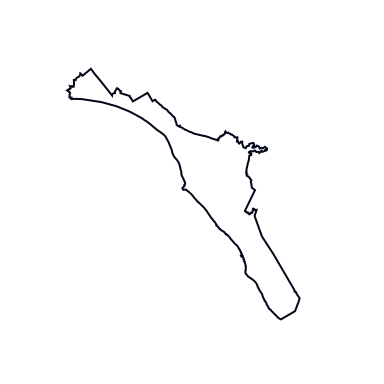 Engures pag., Engures, Latvia (orthographic projection), rotated 161°
{"feature_id": "27541924B28821818047362", "entity_name": "Engures pag.", "entity_type": "district", "adm_level": 2, "iso_a3": "LVA", "parent_name": "Latvia", "parent_adm1": "Engures", "projection": "orthographic", "projection_center": [23.212, 57.169], "detail": "fine", "context": "isolated", "style": "outline", "palette": "ink", "viewbox_px": 384, "rotation_deg": 161, "n_neighbors": 0, "source": "geoboundaries", "source_scale": "gbopen_adm2", "svg_char_len": 5977}
<svg xmlns="http://www.w3.org/2000/svg" viewBox="0 0 384 384"><g transform="rotate(161 192 192)"><path d="M275.6,319.1L272.3,318.2L265.9,315.7L252.0,308.4L248.1,306.3L235.4,297.6L225.4,288.9L220.7,284.0L215.4,278.1L213.4,275.3L211.1,272.4L208.9,269.0L207.7,266.8L204.6,261.8L202.1,258.5L200.0,255.3L199.3,253.9L199.0,252.8L198.0,247.3L197.5,239.0L197.6,236.9L197.9,234.7L197.6,233.2L197.5,231.7L197.4,231.2L195.8,227.2L195.4,226.0L195.0,223.4L194.9,221.8L195.1,219.4L195.4,217.8L195.6,214.1L195.8,213.4L196.3,212.3L196.2,211.6L196.3,210.3L195.8,207.3L195.8,206.6L195.9,206.0L195.5,204.7L195.7,204.0L195.6,202.8L195.7,202.2L196.2,201.7L196.5,201.0L197.1,201.0L197.5,199.8L198.7,199.5L199.6,199.0L199.8,198.8L199.7,197.1L199.0,196.7L197.1,196.4L195.0,193.1L193.3,190.1L192.4,187.9L192.2,186.9L191.6,185.4L190.5,183.0L190.0,181.3L188.4,178.6L185.6,173.0L184.1,168.6L183.8,167.1L182.8,163.4L182.4,161.7L181.6,159.9L181.2,158.5L180.1,155.8L179.7,153.8L179.5,152.8L179.8,152.5L179.3,152.2L179.4,151.7L179.1,151.2L178.7,150.6L178.4,149.9L178.4,148.8L177.6,148.1L177.5,147.6L177.3,147.5L176.7,146.0L176.0,145.5L175.0,144.2L174.9,143.9L174.5,143.6L174.1,142.1L173.5,141.3L173.7,141.1L173.7,140.8L173.5,140.6L173.2,140.9L172.7,140.2L172.6,139.8L172.1,139.2L170.9,136.0L170.8,135.5L170.8,135.4L170.8,135.2L169.1,131.3L168.5,129.4L168.2,129.1L167.9,128.4L167.5,128.0L167.4,127.7L166.6,125.9L166.1,123.8L166.1,122.9L165.7,122.2L165.6,121.5L165.7,121.3L165.5,121.0L165.5,119.9L165.3,119.4L165.5,119.1L165.2,118.5L165.2,118.0L165.4,117.8L165.2,117.3L165.3,117.1L165.1,116.9L165.1,116.6L165.4,116.3L165.2,116.1L165.3,115.8L165.5,115.6L166.4,115.8L166.3,115.0L166.2,114.9L166.2,114.7L165.5,114.3L165.4,114.4L165.5,114.6L165.0,114.9L164.9,114.8L165.2,114.5L164.8,113.3L164.9,112.0L165.1,111.9L164.9,111.7L164.9,109.9L165.0,109.5L165.3,109.3L164.9,108.9L165.1,108.1L165.0,107.9L165.1,107.5L165.0,107.2L165.1,105.9L165.3,105.3L165.3,104.9L165.5,104.5L165.3,103.9L166.2,101.8L166.6,101.2L166.7,100.5L167.2,100.1L167.6,98.8L167.6,98.2L167.9,97.8L167.2,95.8L166.7,94.8L166.5,93.8L163.1,89.4L162.0,87.5L161.0,85.0L160.7,83.4L160.6,82.8L160.8,81.7L160.6,80.9L160.5,79.8L160.5,79.0L160.2,78.1L160.1,76.8L159.8,75.6L158.9,72.5L159.1,71.4L159.1,68.9L158.6,66.7L158.8,66.4L158.6,65.5L158.7,65.0L158.4,64.7L157.9,63.4L157.9,62.8L158.0,60.9L157.4,59.4L157.4,58.2L157.3,57.1L156.8,56.4L156.8,56.0L156.2,55.3L155.7,54.1L155.4,53.2L154.5,51.6L154.4,51.1L154.0,50.4L153.7,49.7L152.6,47.6L151.8,45.8L151.1,44.5L149.4,42.6L133.3,45.8L128.1,52.2L127.6,52.6L127.0,53.3L126.7,54.0L124.8,56.4L125.9,60.3L126.3,62.2L126.2,63.3L127.4,64.5L127.4,65.0L127.0,65.5L135.4,107.5L140.3,127.0L140.4,129.9L140.6,149.0L136.7,154.1L137.4,154.3L138.0,154.2L138.4,154.4L138.6,155.0L138.8,155.9L139.4,156.3L139.7,156.4L139.9,156.2L140.5,155.1L140.7,154.4L141.0,154.0L141.0,153.6L141.9,153.2L142.0,152.8L142.5,152.8L142.6,153.0L143.2,153.3L143.4,153.2L143.8,152.7L144.6,152.5L144.6,152.2L145.0,152.2L145.6,153.0L145.6,153.6L146.1,154.0L145.9,154.7L146.0,154.8L146.9,154.9L147.1,155.1L147.2,155.5L147.6,155.6L147.7,156.2L148.2,156.8L131.8,173.3L133.8,176.3L134.0,177.0L133.1,180.8L133.3,182.3L132.0,183.9L132.7,185.5L133.0,187.1L133.8,188.4L134.9,189.5L134.8,191.1L134.7,191.4L134.1,191.3L134.5,192.8L134.0,193.2L134.1,193.3L132.9,196.1L132.5,196.6L129.8,201.0L127.9,203.7L126.0,207.7L124.5,208.2L124.0,207.8L123.4,209.0L123.9,209.4L124.0,209.8L124.5,210.2L125.2,210.4L125.3,210.9L125.1,211.2L124.3,211.2L123.5,211.6L123.0,211.3L121.5,210.9L121.0,210.5L119.2,210.8L119.0,210.7L119.1,210.4L118.4,209.7L118.2,208.9L116.3,208.4L116.1,208.0L115.6,207.9L115.3,207.5L115.4,207.1L114.1,207.6L113.8,207.6L113.6,208.0L112.9,208.4L112.4,207.7L112.3,207.1L110.4,207.1L109.9,207.2L109.5,207.7L108.9,207.2L108.6,207.5L108.5,207.2L107.9,207.1L107.5,207.6L107.3,208.4L107.0,208.4L106.9,208.7L108.4,211.0L110.3,210.3L111.2,210.4L111.6,211.0L113.0,211.4L113.7,211.0L114.0,213.5L115.8,214.8L117.1,213.8L119.9,213.8L120.3,214.6L119.7,214.8L119.8,215.1L119.5,215.4L118.6,215.3L118.2,215.8L117.9,216.3L118.1,216.8L118.1,217.1L117.7,217.8L117.8,218.1L118.5,218.6L122.1,218.8L123.1,217.1L124.0,217.5L125.5,217.4L126.7,216.2L127.1,216.4L127.2,216.2L128.8,217.6L128.7,221.9L128.1,223.0L128.2,223.4L129.4,223.5L131.6,222.4L132.0,222.8L132.0,224.8L133.0,224.9L133.1,225.2L132.2,226.7L131.3,228.9L133.4,229.5L133.9,229.8L133.7,230.2L134.5,231.8L135.8,233.5L136.6,233.7L136.9,234.6L137.7,235.2L138.6,236.4L139.2,236.2L140.7,237.5L140.7,238.3L141.3,237.9L141.3,237.4L141.5,237.0L142.2,236.3L142.9,236.1L143.2,236.2L143.9,235.9L143.9,235.7L144.4,235.8L144.6,235.6L144.7,235.4L144.8,235.4L145.2,235.3L145.6,235.2L145.6,235.5L145.8,235.5L146.4,235.3L146.9,235.5L147.2,235.2L147.5,235.2L148.1,234.6L148.4,234.5L148.6,234.2L149.2,233.7L150.0,233.9L150.1,233.7L150.1,233.3L150.2,232.5L150.6,232.2L152.4,233.7L155.6,236.0L158.0,238.1L160.9,240.3L163.4,241.7L171.2,246.6L173.0,248.6L175.0,250.0L176.5,251.7L177.9,252.9L179.7,255.0L180.4,256.0L182.3,257.6L182.1,257.8L181.9,258.7L182.3,258.7L183.1,258.4L184.5,260.0L184.7,260.3L184.4,261.5L184.4,264.1L184.2,268.2L185.0,269.1L185.5,270.4L186.3,272.1L186.6,272.9L188.3,275.7L188.4,276.5L188.8,277.6L192.3,281.9L192.5,282.9L193.0,284.0L193.9,285.1L194.7,286.8L196.1,289.0L196.3,290.2L196.9,291.3L199.8,290.7L201.1,297.4L201.8,300.2L218.4,296.9L219.3,301.2L219.9,301.9L219.6,303.1L227.4,308.7L226.9,309.5L227.0,309.7L226.6,310.1L226.4,310.5L227.2,311.1L227.4,311.4L227.7,312.7L228.7,314.1L228.9,313.7L229.6,314.2L232.4,311.8L232.6,310.6L234.4,310.8L236.1,309.8L236.2,309.5L243.0,328.7L245.5,335.1L247.5,341.4L257.7,337.6L258.8,340.5L259.0,340.6L259.5,339.1L261.3,337.9L263.8,337.5L264.9,336.7L265.6,335.7L266.0,336.0L266.2,336.4L267.3,336.4L268.2,332.8L269.7,330.0L270.6,330.3L270.8,330.8L271.1,331.2L271.8,331.0L272.9,331.8L272.9,329.7L273.9,329.1L274.0,329.4L277.0,328.8L276.2,327.6L275.0,325.4L276.0,323.9L277.1,321.4L277.1,321.1L275.1,320.5L275.4,319.3L275.6,319.1Z" fill="none" stroke="#020617" stroke-width="2"/></g></svg>